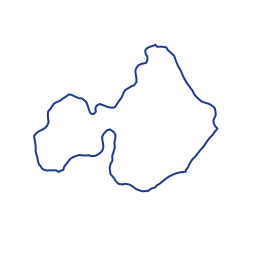 outline of Salyan District, Salyan, Azerbaijan, rotated 40°
{"feature_id": "54616110B55207089168458", "entity_name": "Salyan District", "entity_type": "district", "adm_level": 2, "iso_a3": "AZE", "parent_name": "Azerbaijan", "parent_adm1": "Salyan", "projection": "equal_earth", "projection_center": [49.031, 39.666], "detail": "fine", "context": "isolated", "style": "outline", "palette": "blue", "viewbox_px": 256, "rotation_deg": 40, "n_neighbors": 0, "source": "geoboundaries", "source_scale": "gbopen_adm2", "svg_char_len": 2637}
<svg xmlns="http://www.w3.org/2000/svg" viewBox="0 0 256 256"><g transform="rotate(40 128 128)"><path d="M196.9,71.1L196.0,70.8L193.4,70.5L190.6,69.3L188.6,67.3L187.7,64.7L187.1,62.0L184.4,59.1L181.8,57.1L179.5,56.8L176.1,57.0L173.2,58.0L170.5,59.2L167.0,60.4L163.8,60.4L159.5,60.0L156.9,59.5L153.3,57.9L150.9,57.4L146.7,56.3L143.7,55.6L138.9,53.8L134.7,51.8L131.9,50.3L127.2,48.6L122.7,46.4L119.4,44.5L116.8,43.0L112.5,42.7L108.8,42.7L105.4,41.7L105.0,41.9L102.7,43.4L101.6,44.0L100.0,45.3L98.2,47.0L95.4,46.7L94.7,48.5L93.5,50.2L92.6,51.7L91.4,54.3L91.2,57.0L92.0,58.2L94.3,60.1L96.8,60.8L98.4,62.4L99.7,64.7L99.8,66.9L98.5,68.4L96.8,70.7L95.7,73.4L95.7,75.6L96.4,78.5L97.6,80.3L99.5,81.9L102.2,84.3L104.9,87.2L105.3,91.2L103.8,93.9L102.4,97.9L101.4,101.1L101.9,103.5L103.3,108.0L103.6,110.9L103.9,114.8L104.5,118.7L104.5,120.7L103.9,121.6L101.9,123.3L98.9,125.0L94.6,126.4L90.8,127.9L89.7,131.0L90.1,133.5L92.9,136.2L92.7,139.4L90.8,140.8L88.6,140.4L85.7,138.6L82.3,136.5L79.5,135.0L76.4,134.9L73.9,134.9L71.5,136.6L67.4,137.9L66.7,138.1L63.6,138.8L61.9,139.9L61.0,140.4L60.3,143.9L59.2,147.1L58.2,151.3L56.5,154.4L55.7,157.0L55.8,159.1L56.2,162.4L56.2,166.8L58.3,169.6L60.8,172.2L63.4,174.5L64.6,178.2L64.3,182.1L63.3,184.6L61.8,187.9L61.1,191.2L61.1,193.9L61.1,194.2L61.4,194.7L62.4,195.6L65.0,197.7L67.5,200.0L68.7,201.2L70.4,202.9L72.1,205.1L74.6,207.0L77.1,208.5L79.6,210.7L83.4,213.3L85.7,213.4L88.4,214.4L90.1,214.1L93.3,212.7L94.9,211.0L96.8,209.4L99.8,206.9L103.3,206.1L103.9,204.0L105.4,201.7L104.1,198.8L103.8,196.0L103.8,192.3L103.6,189.2L104.5,186.0L106.6,182.2L108.4,179.6L110.2,178.6L112.7,176.8L115.3,174.2L117.6,173.4L120.5,170.8L122.0,167.6L122.8,164.6L122.8,162.5L122.4,160.5L121.1,158.1L118.4,155.6L116.4,153.9L114.1,151.7L113.2,148.9L113.3,144.6L113.3,143.5L114.9,140.9L117.9,140.3L120.6,140.4L123.2,141.7L124.8,144.0L126.1,146.4L127.3,148.2L130.6,151.7L131.5,154.0L132.8,156.7L133.6,159.2L135.3,161.0L137.2,163.4L137.5,166.1L138.5,168.4L139.9,170.7L141.5,172.1L143.2,173.7L144.5,174.6L148.0,175.1L150.2,175.7L152.8,176.5L156.6,176.9L158.7,175.6L160.3,174.7L161.0,173.2L163.3,171.6L165.5,170.4L168.6,169.8L172.9,169.6L175.2,169.1L179.0,167.5L180.7,166.5L182.1,164.6L183.7,163.8L183.9,163.0L184.2,161.4L185.2,158.7L186.9,156.1L187.0,153.1L188.0,150.7L188.9,146.0L189.6,142.7L190.7,138.6L192.3,135.0L193.0,133.7L194.0,131.8L195.4,129.9L196.1,128.9L197.7,127.1L198.9,126.0L199.7,124.8L200.3,124.2L199.3,122.8L199.3,119.6L198.4,117.0L197.8,113.8L197.5,110.4L197.9,106.7L197.6,99.0L197.8,93.5L197.1,87.4L196.9,83.0L197.3,78.9L196.9,75.4L196.9,71.9L196.9,71.1Z" fill="none" stroke="#1e3a8a" stroke-width="2"/></g></svg>